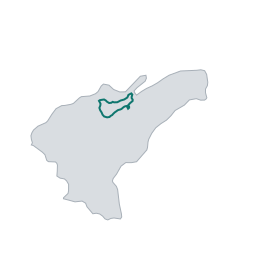 Duarte highlighted on a map of Dominican Republic, rotated 318°
{"feature_id": "DOM-1979", "entity_name": "Duarte", "entity_type": "Province", "adm_level": 1, "iso_a3": "DOM", "parent_name": "Dominican Republic", "parent_adm1": "", "projection": "albers", "projection_center": [-70.055, 19.269], "detail": "fine", "context": "in_parent", "style": "outline", "palette": "teal", "viewbox_px": 256, "rotation_deg": 318, "n_neighbors": 0, "source": "natural_earth", "source_scale": "10m", "svg_char_len": 2138}
<svg xmlns="http://www.w3.org/2000/svg" viewBox="0 0 256 256"><g transform="rotate(318 128 128)"><path d="M44.5,168.2L44.8,159.1L46.2,155.5L45.0,151.6L39.2,147.4L35.8,142.1L32.7,137.4L33.4,136.7L39.7,136.5L41.9,134.8L46.2,130.1L47.0,126.2L46.7,123.3L44.0,119.8L43.0,116.1L46.4,112.9L50.8,108.3L51.5,106.5L51.4,104.7L46.3,99.7L46.0,97.6L48.4,92.3L48.2,88.7L45.9,77.6L44.8,75.9L47.1,75.0L48.6,71.8L50.7,68.8L53.3,67.3L56.4,66.3L62.3,66.4L70.6,69.1L73.0,69.0L80.9,66.8L87.5,65.5L93.7,67.0L96.2,69.0L101.4,72.2L103.9,73.2L112.0,73.1L114.3,73.5L121.1,78.7L126.8,80.8L130.1,80.9L136.1,78.9L139.1,78.9L142.5,83.4L143.1,89.8L146.0,95.7L150.3,99.4L171.8,97.8L176.6,100.8L175.0,103.3L172.0,104.7L161.7,104.1L157.3,104.5L156.4,107.0L156.4,109.3L162.4,109.9L168.2,111.0L174.2,112.9L180.3,114.2L187.1,115.0L193.9,116.3L205.2,120.8L217.7,131.1L221.1,133.5L223.3,136.7L222.3,140.8L217.9,147.4L215.4,149.6L211.7,150.9L209.2,153.6L206.8,158.3L205.4,158.7L203.6,158.5L200.6,155.9L198.4,151.9L192.4,148.2L185.2,148.7L174.7,146.5L168.3,147.6L161.9,147.9L155.4,146.8L148.8,146.4L142.2,147.8L135.9,150.2L133.5,151.8L129.5,155.5L127.3,156.9L111.8,158.8L107.3,156.0L103.2,152.2L97.3,151.7L88.6,154.6L83.2,155.6L81.0,156.9L80.4,158.3L80.3,163.6L79.1,166.8L70.6,178.8L65.7,187.3L63.8,189.9L61.5,190.5L57.4,185.5L54.7,183.7L51.5,182.8L50.1,180.2L50.2,176.5L49.4,172.9L47.4,170.1L44.5,168.2Z" fill="#d9dde1" stroke="#a8b0b8" stroke-width="1"/><path d="M125.1,88.4L125.7,88.5L127.5,89.6L129.3,90.8L129.9,92.6L130.0,94.5L130.7,96.8L132.5,98.1L134.1,98.3L134.8,99.6L137.3,101.7L140.8,102.6L144.3,104.3L147.9,104.9L150.5,103.7L153.6,104.5L153.6,106.0L152.2,106.9L151.4,107.4L150.7,108.3L150.5,110.0L149.5,111.0L146.1,110.9L143.3,111.2L143.2,111.8L143.2,112.7L142.4,113.7L141.0,113.7L141.4,112.2L141.6,110.7L140.5,110.0L139.2,109.6L137.6,109.5L136.0,109.5L134.7,109.1L133.6,108.5L132.2,107.9L130.7,107.8L128.5,107.5L126.2,107.6L125.1,107.8L124.0,107.6L123.0,107.3L122.0,107.6L122.2,107.8L119.6,106.1L118.0,103.5L118.0,101.1L118.8,98.8L119.2,96.2L120.2,93.9L122.4,92.8L123.8,91.6L124.3,89.8L124.6,88.4L125.1,88.4Z" fill="none" stroke="#0f766e" stroke-width="2"/></g></svg>